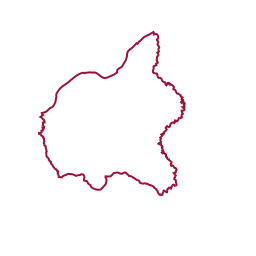 the district of Itapagipe, Minas Gerais, Brazil, rotated 138°
{"feature_id": "56859067B87916388852048", "entity_name": "Itapagipe", "entity_type": "district", "adm_level": 2, "iso_a3": "BRA", "parent_name": "Brazil", "parent_adm1": "Minas Gerais", "projection": "natural_earth1", "projection_center": [-49.437, -19.757], "detail": "fine", "context": "isolated", "style": "outline", "palette": "rose", "viewbox_px": 256, "rotation_deg": 138, "n_neighbors": 0, "source": "geoboundaries", "source_scale": "gbopen_adm2", "svg_char_len": 5816}
<svg xmlns="http://www.w3.org/2000/svg" viewBox="0 0 256 256"><g transform="rotate(138 128 128)"><path d="M77.7,101.8L77.4,103.0L77.1,104.2L76.5,105.0L75.7,104.3L74.9,103.7L73.8,103.7L73.2,104.7L73.4,105.7L73.5,107.0L72.6,106.5L72.2,105.6L71.3,106.4L71.2,107.9L70.5,108.6L69.6,108.1L69.3,109.1L69.7,110.2L70.4,110.5L71.4,110.7L71.3,111.8L70.2,111.7L68.9,111.0L68.4,111.8L69.2,112.5L69.1,113.5L68.1,113.9L67.1,114.0L67.2,115.0L67.8,116.1L67.0,116.9L67.3,118.2L67.6,119.9L68.5,120.7L68.4,121.8L68.0,122.7L67.7,123.9L67.6,125.2L68.3,126.4L67.5,127.1L66.6,127.5L66.3,128.4L66.3,129.6L66.8,131.1L67.9,132.0L68.0,133.3L67.2,133.2L67.4,134.3L68.5,134.9L69.6,134.3L70.8,134.0L71.0,135.2L70.4,135.8L69.9,137.0L70.7,138.1L71.0,139.3L71.0,140.2L70.7,141.1L70.2,142.1L70.4,143.5L71.4,144.4L71.9,145.4L71.4,146.6L70.7,147.8L70.1,149.0L71.0,150.1L71.6,151.0L72.2,151.8L72.0,152.9L71.2,154.0L70.2,154.4L69.2,154.9L68.4,155.9L67.8,156.7L67.0,156.6L66.0,156.0L64.8,155.7L64.3,157.0L63.2,156.9L62.2,156.6L61.7,157.3L61.6,158.3L61.1,159.6L60.0,160.1L59.1,161.1L58.1,161.7L57.1,161.5L56.3,162.1L56.0,163.1L55.9,164.4L54.8,164.2L53.9,164.1L53.3,165.2L52.7,166.3L51.6,166.7L50.7,167.1L50.4,168.4L50.3,169.5L49.9,170.6L48.6,171.2L47.6,172.1L47.8,173.4L47.3,174.4L46.3,174.3L45.5,174.4L44.9,175.2L44.3,176.1L43.9,176.9L43.8,178.1L44.2,178.9L44.9,179.9L46.0,180.1L45.3,181.1L44.9,182.3L49.0,183.1L55.0,184.8L61.3,184.6L62.2,184.9L63.3,184.5L64.7,184.3L65.0,185.3L70.1,184.8L72.8,184.9L74.0,185.1L76.4,185.0L77.3,184.8L78.8,183.9L81.2,181.7L82.5,180.9L84.1,180.0L86.5,179.1L88.3,178.7L90.4,177.9L91.3,177.7L92.7,177.8L95.2,178.3L96.0,178.4L97.0,178.3L98.0,177.6L98.9,176.6L102.3,177.0L105.5,178.0L109.7,179.4L111.4,180.4L112.3,181.1L113.3,183.1L114.1,187.3L114.6,189.6L115.2,191.0L116.7,192.6L117.4,192.9L118.7,194.5L119.4,195.1L123.4,197.9L124.7,199.3L125.9,200.0L128.5,200.8L131.2,201.4L137.1,201.8L138.2,201.9L141.7,201.9L147.1,202.6L148.3,202.8L152.6,202.8L156.8,201.8L158.1,201.3L159.2,200.7L160.1,199.4L163.8,196.5L165.0,195.7L166.6,195.0L168.9,194.3L169.8,194.2L170.7,194.3L172.6,194.9L173.4,195.0L177.7,194.8L179.3,195.4L180.2,195.8L182.1,196.8L182.6,195.5L182.4,194.4L183.6,194.6L184.7,194.7L185.7,194.8L185.3,193.7L185.3,192.2L185.3,191.0L185.0,189.9L185.6,188.8L186.3,188.0L186.8,188.8L187.7,189.0L188.4,187.8L189.8,186.7L189.4,185.2L190.2,184.5L190.9,184.0L191.5,185.1L192.2,183.9L193.0,183.1L194.1,183.9L194.8,182.8L195.7,182.8L196.7,183.0L197.5,183.8L198.0,183.0L197.1,181.6L197.5,180.2L196.9,178.9L196.9,178.0L197.7,177.3L197.4,176.3L198.1,175.8L198.6,174.9L199.0,173.9L199.9,173.8L200.8,173.0L200.9,172.0L201.8,170.9L201.4,169.4L202.2,168.5L202.9,167.6L203.1,166.6L203.8,165.9L204.2,164.8L205.2,164.6L205.8,163.7L206.6,162.7L207.5,161.5L207.4,160.1L207.5,159.0L207.6,157.8L208.3,157.2L208.2,156.2L208.3,155.2L207.8,154.5L208.6,153.8L209.1,152.7L208.8,151.1L209.4,149.9L209.5,148.9L209.3,148.0L209.6,146.9L209.4,146.0L208.9,145.3L209.5,143.8L208.8,142.6L209.5,141.9L210.5,141.6L210.5,140.6L211.2,139.8L211.5,138.7L212.2,138.0L211.4,137.0L210.9,136.2L210.3,135.6L209.5,135.8L208.5,135.8L207.0,135.3L205.9,134.8L205.1,134.4L203.8,134.3L202.6,133.5L202.0,132.6L201.2,132.0L200.4,131.0L199.7,129.7L199.2,128.9L198.9,127.5L197.7,126.7L196.8,126.4L196.0,125.7L194.9,125.1L193.8,125.0L193.1,124.3L192.5,123.2L192.5,122.1L192.9,121.2L193.4,120.5L194.4,119.7L195.3,119.0L195.8,118.3L195.1,117.2L194.3,116.4L194.1,115.4L194.6,114.2L194.8,113.0L194.4,111.8L194.1,110.6L194.7,109.4L194.7,107.6L194.3,106.5L193.7,105.3L192.9,103.9L192.4,103.1L191.7,102.2L190.7,101.4L189.7,100.8L188.9,100.6L187.3,100.6L186.3,100.7L185.5,100.9L184.7,100.9L183.8,101.0L182.7,101.1L181.4,101.6L180.5,102.3L179.6,102.9L178.9,103.6L178.4,104.3L178.0,105.2L177.8,106.3L177.1,107.1L176.1,106.2L175.5,105.4L174.5,104.7L173.3,103.8L172.2,103.7L171.4,103.8L170.4,103.8L169.3,104.0L168.4,103.9L167.4,103.1L166.3,102.5L165.6,101.9L165.1,101.2L164.6,100.1L164.2,99.3L163.6,98.4L162.5,97.8L161.3,97.7L160.1,97.0L159.4,96.0L159.5,94.6L159.2,93.0L159.4,91.7L158.5,90.7L157.7,89.4L157.4,88.5L157.4,87.5L156.8,86.6L156.7,85.5L156.4,84.0L155.8,82.9L155.3,81.9L155.2,80.7L155.8,79.5L155.2,78.3L154.6,77.3L154.0,76.5L153.3,76.0L152.5,75.7L151.9,74.9L151.5,74.0L150.8,73.4L150.5,71.8L149.8,70.8L149.1,69.7L148.6,68.4L148.2,67.0L148.5,65.7L148.1,64.5L147.9,63.6L148.4,62.7L148.2,61.4L148.9,60.3L149.0,59.3L149.3,58.0L148.6,57.4L148.9,56.5L147.8,56.0L147.1,55.4L146.4,56.1L145.4,56.4L144.5,56.9L143.4,57.6L142.9,56.4L142.6,55.3L141.9,54.2L141.0,55.0L140.2,55.8L139.0,56.3L138.3,55.8L137.3,56.2L136.6,55.4L136.6,54.2L135.6,54.7L134.6,55.4L133.4,55.5L132.4,55.7L131.8,54.9L131.9,53.7L130.9,53.2L130.0,53.2L129.4,54.1L128.9,55.2L128.3,56.3L127.4,57.1L127.6,58.0L127.8,59.2L127.1,59.8L126.2,59.8L125.2,60.5L124.2,60.9L124.1,62.0L124.2,63.0L124.1,64.0L123.2,63.6L122.2,63.1L121.1,64.1L119.9,64.3L119.5,65.3L119.4,66.4L120.2,67.2L119.8,69.0L119.9,70.2L121.0,70.6L121.0,71.9L120.3,72.6L119.3,72.8L118.5,73.5L118.6,75.2L119.0,76.5L118.6,77.4L119.3,78.1L119.2,79.4L118.5,80.1L119.0,81.3L118.1,82.1L117.4,83.0L117.8,84.2L118.4,85.6L119.3,86.1L119.3,87.1L118.3,87.1L117.6,86.2L117.2,87.1L117.7,88.4L116.5,88.8L116.3,90.1L115.8,91.1L114.9,90.9L114.7,91.9L114.9,93.0L114.2,94.0L114.6,94.8L115.7,95.0L115.9,96.0L115.0,96.1L113.7,95.4L112.7,95.6L112.4,96.8L111.8,97.6L110.7,97.9L110.6,99.3L109.4,99.3L108.0,99.5L107.1,99.6L107.4,100.9L106.2,100.7L105.5,99.7L104.7,100.0L104.1,100.9L103.1,100.7L102.1,100.7L101.2,100.6L100.1,101.1L99.9,102.9L98.8,103.1L97.7,103.3L97.5,102.2L97.0,101.3L95.9,101.1L94.9,101.7L94.1,102.4L92.8,102.7L91.8,102.4L90.7,102.1L90.4,100.8L89.5,100.7L88.7,101.3L88.0,102.1L87.3,101.2L87.2,100.2L86.1,100.2L85.2,100.4L84.4,100.8L83.6,101.3L82.7,100.5L81.5,99.9L80.5,99.9L80.4,101.1L79.4,101.8L78.7,102.2L77.7,101.8Z" fill="none" stroke="#9f1239" stroke-width="2"/></g></svg>